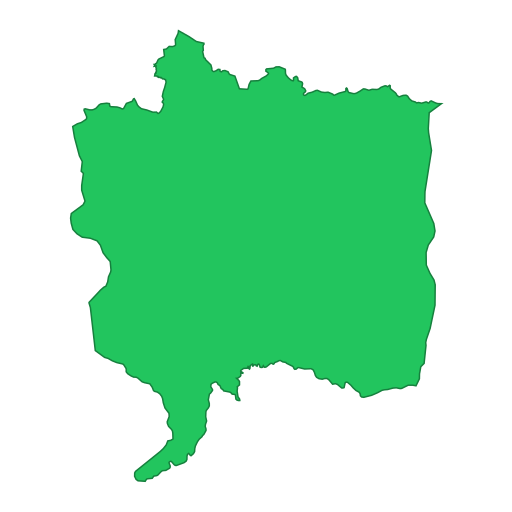 the district of Lamarm, Xékong, Laos
{"feature_id": "54806243B71027577228634", "entity_name": "Lamarm", "entity_type": "district", "adm_level": 2, "iso_a3": "LAO", "parent_name": "Laos", "parent_adm1": "Xékong", "projection": "orthographic", "projection_center": [106.782, 15.39], "detail": "fine", "context": "isolated", "style": "filled", "palette": "green", "viewbox_px": 512, "rotation_deg": 0, "n_neighbors": 0, "source": "geoboundaries", "source_scale": "gbopen_adm2", "svg_char_len": 5932}
<svg xmlns="http://www.w3.org/2000/svg" viewBox="0 0 512 512"><path d="M441.4,103.7L437.8,103.6L435.7,103.0L431.2,100.9L430.1,101.4L428.8,103.0L428.2,103.0L426.8,102.1L426.0,101.9L421.6,103.2L418.6,102.5L416.5,102.9L415.4,102.0L411.8,100.9L409.3,98.7L407.6,96.1L406.1,95.2L403.1,95.4L399.3,96.8L398.7,96.7L396.7,95.0L396.4,94.1L395.4,92.8L390.7,89.0L390.2,88.0L390.2,85.7L389.6,85.3L387.6,86.7L385.9,85.8L384.7,85.9L381.0,87.3L378.6,89.1L376.9,89.5L372.1,89.3L368.9,90.3L365.0,89.0L363.3,88.9L360.2,91.0L356.5,93.1L354.8,93.6L353.3,93.6L348.8,92.5L348.1,91.6L347.1,88.5L346.5,88.0L345.9,88.5L345.9,90.7L345.3,91.5L339.1,93.1L334.2,95.3L333.6,95.1L332.7,94.1L328.1,92.2L324.9,92.5L321.5,92.1L317.4,90.3L315.9,90.5L312.1,92.2L308.1,93.2L305.4,95.3L304.3,95.4L303.6,94.8L303.4,93.9L303.8,93.1L305.5,91.7L305.7,90.7L304.6,88.7L301.9,87.0L302.6,83.8L302.2,82.4L301.7,82.0L298.2,80.7L297.7,77.8L296.6,76.4L295.5,76.5L293.5,77.9L293.5,80.5L293.2,80.8L292.0,80.6L290.5,79.7L288.3,77.8L286.1,75.1L285.5,73.4L285.4,69.9L285.2,69.2L279.3,66.8L276.0,66.9L273.6,68.2L266.6,68.9L265.9,69.6L265.9,71.2L268.0,72.6L268.5,73.3L268.2,74.1L266.3,75.9L261.6,78.5L259.7,80.1L258.1,80.7L250.9,81.0L249.1,84.4L248.1,88.7L247.3,89.3L239.4,88.8L234.9,76.1L229.9,74.5L229.1,73.8L228.1,71.8L224.9,70.5L222.7,70.8L221.6,71.8L220.9,71.7L220.0,71.1L219.9,69.5L218.2,69.3L215.8,70.9L213.8,71.6L213.0,71.4L211.9,70.2L211.8,68.2L210.9,64.9L205.7,59.8L205.0,58.2L204.0,57.8L202.6,51.4L203.3,50.4L203.0,46.4L203.4,44.9L204.0,44.2L203.9,43.2L196.3,41.5L189.0,36.6L178.5,30.7L178.1,33.4L175.2,39.6L175.6,44.3L175.4,45.3L174.4,46.0L172.5,46.6L169.2,46.4L166.4,49.0L163.7,49.5L164.4,55.9L164.1,56.5L158.9,59.0L158.1,59.8L156.5,63.3L155.7,63.6L155.5,64.2L154.2,64.4L154.8,65.2L154.2,66.3L156.1,66.0L155.9,67.7L156.4,68.8L156.1,69.7L156.5,70.7L156.4,71.5L155.7,72.3L156.1,73.0L155.0,73.7L154.6,76.0L156.9,76.0L157.4,76.8L158.1,76.5L158.6,77.4L159.9,77.3L160.4,77.8L161.1,77.5L162.6,78.9L163.9,78.9L164.7,79.5L165.5,79.6L166.1,82.1L164.6,87.8L163.4,91.3L162.3,96.3L163.6,99.2L163.3,100.2L162.5,101.2L162.2,102.1L163.4,103.3L163.6,104.6L163.0,107.0L160.7,111.4L159.0,113.1L158.0,113.5L156.5,112.1L152.9,112.2L146.8,110.0L141.4,108.7L139.0,106.9L137.5,105.2L135.6,100.9L134.2,98.6L133.5,98.9L132.2,101.3L126.4,103.4L123.6,108.5L122.4,109.0L119.9,107.8L117.0,107.0L111.0,106.7L109.8,106.1L109.4,103.6L106.7,103.2L100.8,103.9L99.2,104.8L96.1,108.2L94.1,109.3L92.2,109.9L89.8,109.9L85.3,108.8L84.2,109.1L84.0,110.3L86.7,116.8L86.6,118.4L86.0,119.4L81.3,122.5L77.3,123.8L72.7,126.5L74.5,137.4L79.4,155.8L82.3,161.6L81.2,171.2L83.4,173.4L81.7,185.5L81.7,190.2L85.0,201.1L83.1,204.8L71.3,213.5L70.6,218.1L71.2,223.1L72.9,229.4L77.0,233.8L82.2,237.2L90.2,238.2L97.0,240.8L100.4,245.2L103.1,252.8L106.8,257.7L110.2,261.5L111.0,270.0L110.6,272.1L108.5,276.8L107.7,281.9L105.9,286.2L103.8,287.2L100.5,290.1L89.1,302.3L89.0,302.9L90.4,307.6L95.3,350.6L104.6,357.4L108.1,358.4L112.3,360.8L116.8,362.6L122.8,364.0L123.9,365.0L126.2,368.7L126.2,371.8L127.7,373.7L131.0,375.9L133.6,377.1L136.2,377.2L137.8,378.0L142.1,381.8L144.6,382.7L149.8,383.8L152.2,387.2L153.5,390.5L154.4,391.3L157.4,392.1L159.8,393.8L161.7,396.3L162.6,398.6L163.3,402.8L165.0,408.0L169.0,413.3L169.2,416.5L167.2,421.8L167.4,423.5L168.6,426.4L171.5,429.4L172.4,430.9L172.8,433.1L173.0,439.0L170.8,440.3L167.8,440.9L166.2,445.0L163.2,448.7L160.0,451.7L135.5,471.4L134.7,473.0L134.6,476.3L136.1,479.4L138.0,480.8L145.2,481.3L146.3,479.5L147.2,478.8L152.2,478.3L153.8,476.1L156.8,475.6L157.9,475.0L160.8,471.9L162.4,470.7L165.8,470.4L169.6,468.2L170.1,467.4L170.2,466.0L169.0,462.8L169.3,462.0L170.3,461.4L171.0,461.3L171.7,461.8L174.1,464.6L175.2,465.4L176.3,465.5L184.0,462.7L186.1,461.2L186.9,459.5L187.0,456.0L187.5,454.3L188.7,453.4L190.4,455.5L191.1,455.7L193.4,453.7L194.6,451.6L194.8,448.5L195.4,446.0L197.4,441.8L199.2,439.2L202.0,436.7L202.5,435.6L203.8,434.5L206.0,430.5L206.0,429.0L205.2,426.3L205.5,424.2L206.6,421.0L205.7,416.8L205.9,411.6L206.4,410.3L208.4,407.8L209.3,405.9L209.3,403.5L208.3,399.8L209.3,394.6L209.5,394.0L210.6,393.1L212.5,390.5L212.5,389.5L210.8,386.8L211.0,384.3L212.2,383.3L215.1,381.9L216.4,382.1L217.3,382.8L218.1,384.5L219.9,385.6L221.2,388.6L222.8,389.5L223.7,390.9L229.9,392.1L231.0,392.8L232.1,394.1L235.0,394.5L235.4,395.0L235.9,399.1L237.1,400.2L238.9,400.6L239.8,400.5L239.6,399.1L238.0,396.8L237.1,391.1L237.5,387.9L237.2,386.8L239.5,384.9L239.5,381.5L238.7,380.3L236.6,378.3L237.7,378.2L240.3,376.4L240.8,375.5L240.8,373.0L242.8,373.3L243.0,372.9L242.7,372.6L240.6,371.2L240.8,370.4L243.6,368.4L247.4,368.2L248.1,366.4L248.7,366.8L248.6,368.4L249.5,369.1L249.9,368.5L250.2,365.7L252.4,364.0L252.8,364.2L252.6,366.0L252.9,366.2L253.8,365.1L255.0,364.6L255.7,364.8L256.2,365.8L257.1,366.2L257.7,364.5L258.5,364.0L259.1,364.3L260.2,367.3L261.9,367.5L262.6,367.2L263.3,365.7L264.2,367.1L264.9,367.3L266.3,366.9L270.6,363.4L272.2,363.4L273.1,364.2L273.7,364.1L274.8,362.5L277.8,361.4L278.7,360.7L280.4,360.5L282.8,361.9L285.8,362.4L286.4,363.2L292.6,366.3L293.6,367.4L294.0,368.6L294.8,369.3L296.2,369.1L297.9,367.6L298.9,367.6L304.6,369.0L311.1,368.7L313.2,369.9L314.4,372.3L315.4,375.5L316.6,377.3L319.0,378.7L322.3,379.2L324.8,378.5L327.0,378.5L328.8,379.7L332.6,384.2L335.4,383.7L337.4,384.4L341.7,388.0L342.9,388.0L344.1,387.6L345.1,382.9L346.1,382.1L347.5,382.3L350.8,385.1L353.2,387.9L356.0,390.5L359.1,392.2L360.1,393.6L360.4,395.8L361.6,397.0L363.8,397.3L371.6,395.3L377.4,392.8L382.1,390.3L384.3,389.8L387.7,389.5L392.9,388.1L396.3,387.8L400.2,388.6L401.7,388.4L408.2,385.2L412.8,385.2L416.0,385.8L419.4,378.8L419.5,373.8L420.8,366.7L424.1,363.4L426.0,345.4L425.7,342.6L426.4,339.3L430.1,328.5L435.0,305.2L435.2,284.8L434.0,280.0L429.9,273.2L426.3,265.1L426.1,252.5L428.3,245.0L433.7,237.0L435.0,231.0L433.8,223.5L424.8,202.9L424.9,194.3L425.0,191.4L431.5,150.5L428.6,132.7L428.3,128.5L429.2,112.7L441.4,103.7Z" fill="#22c55e" stroke="#15803d" stroke-width="1.5"/></svg>